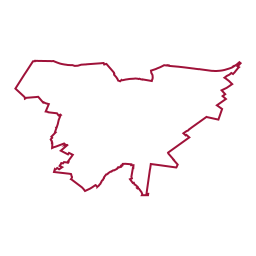 outline of Goirle, Noord-Brabant, Netherlands
{"feature_id": "6326949B96692353293855", "entity_name": "Goirle", "entity_type": "district", "adm_level": 2, "iso_a3": "NLD", "parent_name": "Netherlands", "parent_adm1": "Noord-Brabant", "projection": "natural_earth1", "projection_center": [5.032, 51.506], "detail": "fine", "context": "isolated", "style": "outline", "palette": "rose", "viewbox_px": 256, "rotation_deg": 0, "n_neighbors": 0, "source": "geoboundaries", "source_scale": "gbopen_adm2", "svg_char_len": 5177}
<svg xmlns="http://www.w3.org/2000/svg" viewBox="0 0 256 256"><path d="M15.4,88.6L19.1,92.0L23.1,95.7L24.2,96.7L24.5,97.1L24.7,97.5L24.8,97.7L24.9,98.7L25.3,98.5L25.2,97.9L35.4,97.1L35.5,97.1L38.2,96.8L43.2,102.6L43.6,102.2L45.1,103.0L46.8,103.6L47.4,103.7L48.8,104.1L45.7,111.5L47.5,111.8L48.2,112.1L48.3,112.3L57.0,113.3L58.6,115.5L60.4,114.6L60.8,115.0L60.6,115.1L60.3,115.9L60.1,116.4L60.0,116.8L59.7,117.5L58.8,119.7L58.7,120.0L57.8,124.0L56.6,127.7L56.5,127.8L56.3,127.8L56.4,128.0L55.0,132.1L55.6,132.4L51.5,136.6L51.4,136.7L52.2,137.8L50.7,139.4L51.9,141.7L51.9,142.0L52.0,141.9L52.3,143.0L52.3,144.2L52.3,144.9L52.1,148.0L54.1,147.1L55.6,146.7L64.1,143.5L65.4,144.7L64.8,145.2L65.5,145.1L67.0,144.9L67.2,145.0L67.3,145.1L60.8,150.7L68.0,154.4L69.0,152.9L72.8,154.8L68.1,161.3L68.4,161.3L68.7,161.8L68.0,162.8L66.5,162.4L64.0,162.1L63.0,163.4L61.6,163.1L61.3,163.5L61.1,163.4L60.5,164.7L60.3,164.8L59.6,165.9L62.2,167.2L59.1,169.3L57.2,168.0L54.7,170.1L54.6,169.9L54.0,172.0L69.0,173.7L71.0,174.0L71.2,174.5L71.5,175.9L71.6,176.2L72.0,176.9L72.0,177.1L72.0,177.4L71.9,177.6L71.8,177.9L71.4,178.6L71.0,179.2L71.3,179.3L82.0,187.4L83.5,189.0L84.1,189.8L85.0,191.0L90.1,188.6L91.9,187.5L94.7,185.6L95.5,185.1L96.0,185.4L96.2,185.7L96.4,186.0L97.0,186.5L97.4,186.7L97.4,186.8L97.7,186.5L98.2,186.2L99.0,185.4L99.2,185.2L99.3,185.0L99.3,184.9L99.5,184.6L99.7,184.4L100.0,184.2L100.2,183.9L100.4,183.8L100.5,183.6L100.6,183.4L100.7,183.1L100.8,182.8L101.1,182.4L101.1,182.2L101.3,181.9L101.5,181.7L101.6,181.3L101.7,181.1L101.9,180.7L102.1,180.5L102.5,180.3L102.8,180.1L102.9,179.8L102.9,179.6L103.0,179.5L103.3,179.2L103.5,178.7L103.8,178.3L103.9,178.2L104.0,178.1L104.0,177.8L103.9,177.6L103.9,177.4L104.3,177.0L104.7,176.4L104.9,176.0L105.1,175.8L105.6,175.2L106.1,174.5L106.2,174.4L106.6,174.4L106.8,174.4L107.2,174.1L107.7,173.9L107.8,173.8L108.0,173.5L108.3,173.1L108.5,173.0L109.1,172.6L109.7,172.2L110.3,171.8L110.5,171.7L110.8,171.6L111.2,171.6L111.5,171.6L111.7,171.3L111.8,171.1L112.3,170.9L112.6,170.7L112.8,170.6L113.2,170.3L113.5,170.3L113.8,170.4L114.0,170.4L114.4,170.2L116.2,169.3L116.7,168.9L117.1,168.8L117.2,168.6L117.4,168.2L117.5,168.0L117.6,167.9L118.0,167.9L118.4,167.7L118.5,167.5L118.4,167.3L118.4,167.2L118.5,167.2L119.2,167.3L119.4,167.3L119.7,167.1L120.1,167.1L120.4,166.9L120.8,166.9L121.1,166.8L121.1,166.6L121.0,166.0L120.9,165.8L121.0,165.7L121.3,165.9L121.3,166.0L122.2,165.7L122.4,165.6L122.5,165.5L122.5,165.4L122.4,165.2L122.5,165.2L122.6,164.7L122.8,164.2L122.8,163.9L125.5,163.8L131.3,164.3L131.2,165.2L133.5,165.2L133.3,168.0L132.9,167.9L131.4,176.7L131.9,178.4L130.0,179.2L132.8,183.0L133.7,182.7L133.8,182.7L134.2,183.6L134.5,184.5L134.9,184.6L135.7,185.1L137.1,186.4L137.4,186.7L138.0,187.3L138.0,187.5L137.9,187.5L137.0,188.0L137.5,188.5L138.3,188.2L139.1,188.9L141.2,191.8L141.4,192.0L141.7,192.7L142.1,193.6L142.2,193.9L142.2,194.1L142.2,194.3L142.2,194.6L141.9,195.2L148.0,195.2L148.2,193.8L146.5,193.7L149.9,169.7L150.2,168.4L150.8,164.0L161.2,165.4L176.3,167.5L176.4,167.4L177.7,164.6L173.5,159.8L173.7,159.7L167.8,152.9L167.4,153.1L189.3,137.4L186.4,134.9L185.7,135.4L183.4,133.3L185.8,131.6L186.7,131.0L187.4,130.8L188.1,130.5L188.4,130.3L188.7,129.7L188.9,129.5L189.4,129.2L190.9,128.1L191.1,127.9L206.5,116.9L206.7,117.0L207.0,117.1L218.4,119.6L222.1,109.0L216.9,105.3L225.9,99.0L222.6,96.1L225.2,94.2L221.6,90.3L226.6,87.9L232.2,84.1L230.4,82.4L229.7,81.7L229.0,81.0L228.1,80.3L226.0,78.7L224.5,77.7L225.6,76.9L225.8,76.8L225.9,76.6L226.9,75.9L228.7,75.0L229.5,74.6L231.3,73.0L233.0,74.0L233.4,73.5L234.5,72.5L234.8,72.1L235.4,71.3L236.3,70.2L238.0,68.1L239.0,67.2L237.6,66.4L239.4,64.5L240.6,63.2L239.4,62.2L236.5,64.7L234.3,66.0L234.0,65.9L233.5,66.2L233.8,66.4L233.0,66.9L232.2,67.4L231.0,67.9L229.9,68.3L228.7,68.7L226.7,69.3L224.7,69.9L222.9,70.3L221.1,70.6L219.1,70.8L216.4,71.0L214.8,71.0L213.6,70.9L212.3,70.9L210.6,70.7L200.2,69.3L199.6,69.2L199.0,69.1L198.7,69.2L195.5,68.8L195.4,68.8L193.5,68.5L193.2,68.5L184.5,67.4L178.3,66.7L171.3,66.1L169.2,65.9L168.2,65.6L168.3,65.5L168.4,65.3L167.6,65.2L167.6,65.3L167.6,65.5L166.8,65.5L165.8,65.4L164.1,65.2L162.6,66.0L161.2,66.7L159.7,67.4L157.4,68.3L155.9,69.0L154.4,69.5L151.7,70.4L151.0,70.6L151.3,72.9L152.4,74.8L152.6,75.8L152.7,77.8L152.5,79.0L152.4,79.2L152.2,79.5L152.1,79.8L151.8,81.0L142.6,79.4L142.5,79.6L140.5,79.2L140.2,79.0L139.3,78.7L138.7,79.0L137.4,78.7L136.4,78.6L135.4,78.5L133.8,78.7L130.3,78.9L129.2,79.0L127.4,79.3L125.9,79.5L122.7,80.2L121.9,80.2L121.6,80.0L121.0,80.5L121.0,80.4L120.6,80.7L120.4,80.8L119.0,81.2L118.7,81.3L118.7,81.5L118.6,81.1L118.4,80.8L117.9,80.0L117.5,79.2L117.3,78.6L117.1,78.5L116.3,77.2L114.7,75.4L114.5,75.2L114.2,74.9L114.1,74.7L114.1,74.2L114.3,73.9L114.0,73.6L114.0,72.8L114.0,72.7L110.4,68.5L110.2,68.3L109.6,67.6L106.5,64.0L106.4,63.9L106.2,63.9L104.2,64.5L103.6,63.0L100.5,63.3L96.2,63.6L86.6,64.3L86.4,64.4L84.3,64.5L81.2,64.7L77.9,65.7L74.7,65.9L72.4,65.1L70.0,65.1L67.8,65.0L66.7,64.8L64.5,64.5L62.3,64.1L60.1,63.6L58.1,62.9L57.0,62.5L55.0,61.7L54.0,61.3L53.5,61.0L51.3,61.2L50.8,61.1L37.9,60.9L35.0,60.8L34.9,61.2L33.0,61.3L26.5,71.3L24.3,74.6L15.4,88.6Z" fill="none" stroke="#9f1239" stroke-width="2"/></svg>